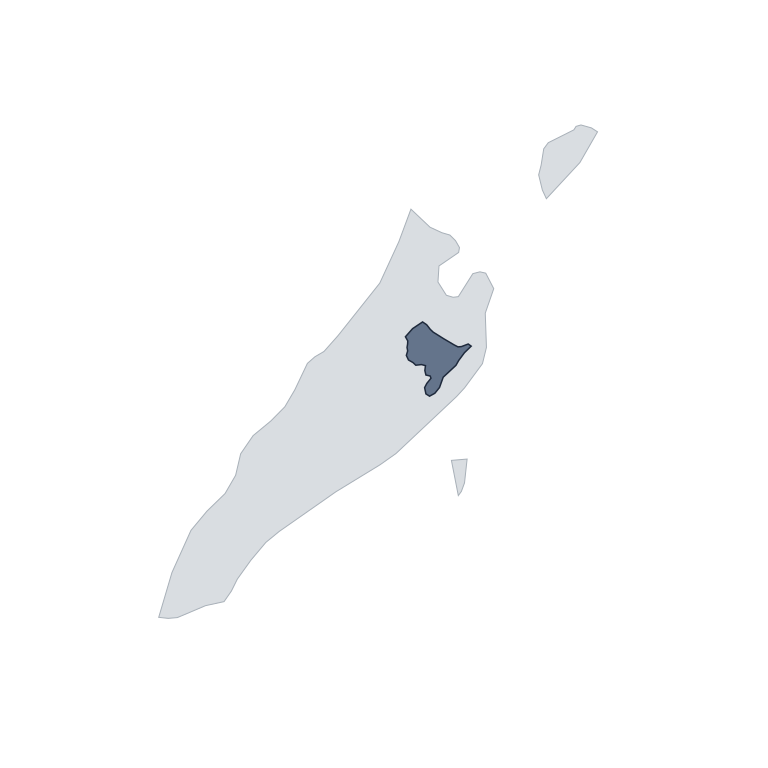 where Ermera sits in East Timor, rotated 148°
{"feature_id": "TLS-549", "entity_name": "Ermera", "entity_type": "District", "adm_level": 1, "iso_a3": "TLS", "parent_name": "East Timor", "parent_adm1": "", "projection": "mercator", "projection_center": [125.395, -8.82], "detail": "fine", "context": "in_parent", "style": "filled", "palette": "slate", "viewbox_px": 768, "rotation_deg": 148, "n_neighbors": 0, "source": "natural_earth", "source_scale": "10m", "svg_char_len": 1573}
<svg xmlns="http://www.w3.org/2000/svg" viewBox="0 0 768 768"><g transform="rotate(148 384 384)"><path d="M268.5,518.0L261.9,492.6L254.8,481.7L249.2,475.4L247.4,467.7L247.7,459.7L251.0,456.0L274.8,455.0L284.2,441.9L284.1,426.2L279.4,420.9L274.7,418.7L250.2,430.5L243.2,428.3L239.0,424.1L240.4,406.7L260.6,390.4L277.7,360.8L289.7,349.1L317.8,338.0L329.1,334.9L410.7,318.7L430.1,317.6L481.8,318.1L551.0,314.5L568.1,312.3L590.3,305.1L611.7,296.3L623.1,289.3L635.0,284.2L652.8,290.6L683.0,295.4L691.2,299.6L698.7,305.5L663.7,336.5L625.2,362.2L601.5,370.0L576.9,375.3L558.2,385.2L542.5,400.8L522.3,409.6L499.6,412.6L480.2,417.2L462.6,426.4L438.0,442.1L428.1,443.7L417.6,443.4L397.3,449.4L334.1,471.8L296.0,496.8L268.5,518.0ZM69.3,484.7L100.5,468.0L148.1,455.1L146.9,464.6L142.0,479.4L134.8,486.3L123.9,498.8L116.8,501.6L88.3,498.9L84.6,500.7L79.7,499.3L72.4,491.3L69.3,484.7ZM380.1,250.0L367.3,283.5L353.3,276.3L368.1,257.5L375.3,251.9L380.1,250.0Z" fill="#d9dde1" stroke="#a8b0b8" stroke-width="1"/><path d="M345.8,349.2L350.9,349.5L351.8,349.5L353.7,353.4L351.5,359.4L347.4,361.8L341.1,364.0L340.6,366.3L343.7,369.4L342.2,373.8L339.1,377.6L341.9,380.6L347.1,383.1L348.0,386.7L349.6,389.7L350.5,391.4L349.9,396.4L346.4,399.5L345.1,402.8L342.8,405.4L341.0,408.0L340.8,412.7L335.1,414.4L330.4,415.8L318.4,416.2L316.4,411.6L315.8,405.8L314.8,401.9L309.4,390.8L303.9,380.2L301.6,376.3L298.5,374.7L291.4,373.3L290.0,369.9L299.2,367.9L308.1,364.4L313.1,361.7L322.4,359.9L330.2,358.4L333.6,355.7L338.8,351.6L345.8,349.2Z" fill="#64748b" stroke="#1e293b" stroke-width="1.5"/></g></svg>